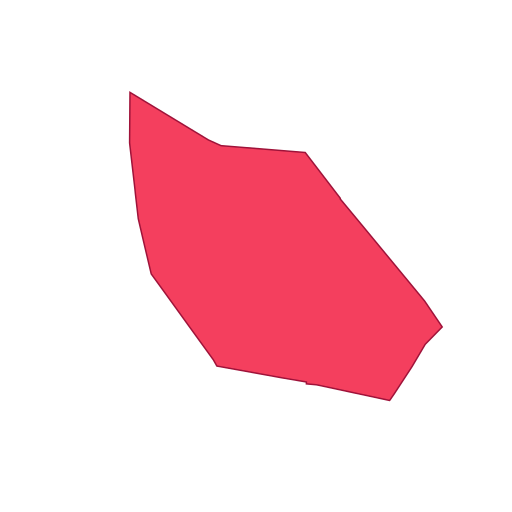 Baruun-Urt, Sühbaatar, Mongolia, rotated 33°
{"feature_id": "93677404B37719399531213", "entity_name": "Baruun-Urt", "entity_type": "district", "adm_level": 2, "iso_a3": "MNG", "parent_name": "Mongolia", "parent_adm1": "Sühbaatar", "projection": "natural_earth1", "projection_center": [113.3, 46.656], "detail": "fine", "context": "isolated", "style": "filled", "palette": "rose", "viewbox_px": 512, "rotation_deg": 33, "n_neighbors": 0, "source": "geoboundaries", "source_scale": "gbopen_adm2", "svg_char_len": 576}
<svg xmlns="http://www.w3.org/2000/svg" viewBox="0 0 512 512"><g transform="rotate(33 256 256)"><path d="M377.0,331.0L446.7,304.4L446.8,303.5L447.0,295.6L447.1,263.7L446.0,237.9L450.8,214.1L421.9,201.9L331.2,173.4L295.6,162.3L295.3,161.7L240.9,142.4L209.9,159.1L166.6,182.5L162.7,183.1L152.9,184.6L129.9,185.3L61.2,187.4L88.4,230.0L118.0,265.8L120.8,269.3L137.0,288.9L157.5,308.6L177.9,328.1L197.4,335.6L246.2,354.5L276.8,366.3L283.1,369.6L283.4,369.5L326.5,351.4L343.7,344.2L366.9,334.2L367.9,335.8L377.0,331.0Z" fill="#f43f5e" stroke="#9f1239" stroke-width="1.5"/></g></svg>